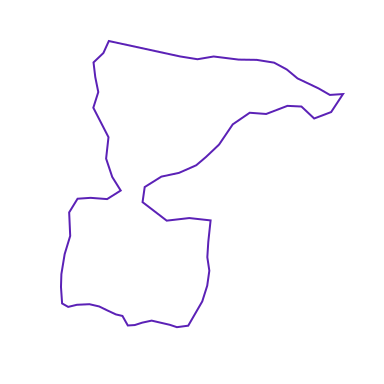 Sichari, Cyprus (Albers equal-area conic projection), rotated 13°
{"feature_id": "46923920B30915554603571", "entity_name": "Sichari", "entity_type": "district", "adm_level": 2, "iso_a3": "CYP", "parent_name": "Cyprus", "parent_adm1": "", "projection": "albers", "projection_center": [33.378, 35.263], "detail": "fine", "context": "isolated", "style": "outline", "palette": "violet", "viewbox_px": 384, "rotation_deg": 13, "n_neighbors": 0, "source": "geoboundaries", "source_scale": "gbopen_adm2", "svg_char_len": 957}
<svg xmlns="http://www.w3.org/2000/svg" viewBox="0 0 384 384"><g transform="rotate(13 192 192)"><path d="M218.4,323.1L226.6,296.3L227.9,279.9L226.6,264.8L221.6,252.1L219.1,237.0L216.5,215.5L195.2,218.0L173.8,225.6L146.1,213.0L144.8,197.8L158.7,183.9L175.0,176.3L190.1,165.0L197.7,154.8L207.7,139.7L216.5,116.9L230.4,101.8L246.7,99.3L265.6,86.6L279.4,84.1L294.5,92.9L309.6,82.8L317.1,62.6L304.5,66.4L292.0,62.6L269.3,57.6L256.8,51.3L242.9,47.5L225.3,48.7L207.7,52.5L195.1,53.8L182.6,55.1L167.5,61.4L149.9,62.6L77.0,63.6L74.4,76.5L66.9,87.9L71.9,101.8L78.2,115.7L76.9,132.1L98.3,157.4L100.8,178.8L110.9,195.3L122.2,206.6L110.9,218.0L94.5,220.5L82.0,224.3L76.9,239.5L83.2,262.2L81.9,281.2L83.2,301.4L85.7,314.0L90.5,329.8L97.2,331.8L105.2,327.8L117.3,324.4L127.3,324.4L136.0,326.4L145.4,328.4L152.1,328.4L159.5,336.5L166.2,334.5L172.9,330.5L181.6,326.4L190.3,326.4L200.3,326.4L207.7,327.1L218.4,323.1Z" fill="none" stroke="#5b21b6" stroke-width="2"/></g></svg>